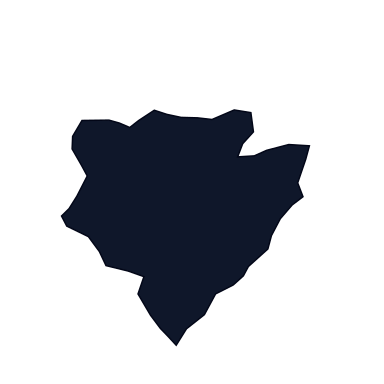 Agirda, Cyprus (Albers equal-area conic projection), rotated 237°
{"feature_id": "46923920B19762948788890", "entity_name": "Agirda", "entity_type": "district", "adm_level": 2, "iso_a3": "CYP", "parent_name": "Cyprus", "parent_adm1": "", "projection": "albers", "projection_center": [33.277, 35.289], "detail": "fine", "context": "isolated", "style": "filled", "palette": "ink", "viewbox_px": 384, "rotation_deg": 237, "n_neighbors": 0, "source": "geoboundaries", "source_scale": "gbopen_adm2", "svg_char_len": 761}
<svg xmlns="http://www.w3.org/2000/svg" viewBox="0 0 384 384"><g transform="rotate(237 192 192)"><path d="M127.6,282.5L142.1,285.6L157.5,305.2L166.8,315.6L179.1,299.0L186.3,277.3L188.4,263.9L196.6,249.4L204.9,260.8L209.0,276.3L226.5,284.6L237.8,272.1L241.9,248.3L251.2,237.0L260.5,223.5L270.8,213.2L281.1,204.9L281.0,186.3L280.0,174.9L289.3,168.7L297.5,161.5L311.9,138.7L303.7,122.2L293.4,114.9L274.9,113.9L262.5,112.9L251.2,93.2L245.0,79.8L242.9,69.5L231.6,68.4L211.0,80.8L192.5,81.9L177.1,79.8L160.6,95.3L147.2,105.6L135.9,91.2L111.2,90.1L94.7,91.2L84.4,93.2L72.1,95.3L80.3,112.9L82.4,135.6L93.7,156.3L91.6,176.0L93.7,189.4L98.8,198.7L102.9,224.6L112.2,234.9L121.5,251.5L126.6,269.0L127.6,282.5Z" fill="#0f172a" stroke="#020617" stroke-width="1.5"/></g></svg>